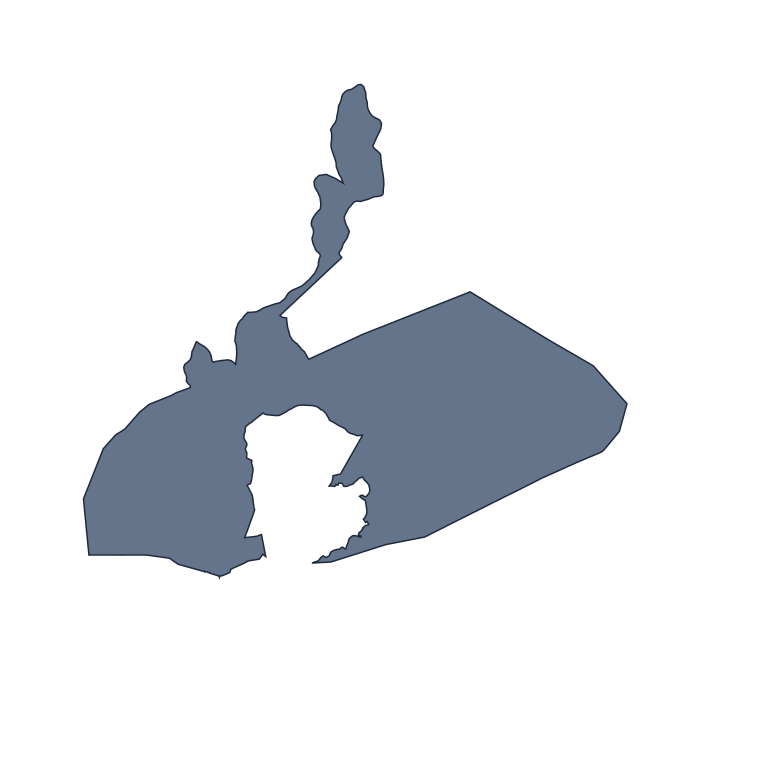 the district of Santa María Chachoápam, Oaxaca, Mexico, rotated 22°
{"feature_id": "50627088B31666946038790", "entity_name": "Santa María Chachoápam", "entity_type": "district", "adm_level": 2, "iso_a3": "MEX", "parent_name": "Mexico", "parent_adm1": "Oaxaca", "projection": "albers", "projection_center": [-97.276, 17.574], "detail": "fine", "context": "isolated", "style": "filled", "palette": "slate", "viewbox_px": 768, "rotation_deg": 22, "n_neighbors": 0, "source": "geoboundaries", "source_scale": "gbopen_adm2", "svg_char_len": 5690}
<svg xmlns="http://www.w3.org/2000/svg" viewBox="0 0 768 768"><g transform="rotate(22 384 384)"><path d="M205.8,459.8L196.0,468.7L194.8,469.7L191.3,474.1L174.0,490.7L167.9,501.8L160.5,523.1L154.3,531.6L148.0,549.0L148.4,603.1L149.9,606.0L163.3,631.7L173.9,652.0L174.5,653.1L189.0,647.2L203.2,641.5L217.0,635.9L227.7,631.6L250.3,625.9L260.7,628.3L287.3,625.3L287.4,625.2L287.4,624.8L287.8,624.7L288.6,625.4L290.1,624.3L290.8,624.5L291.4,624.7L292.8,624.3L293.2,624.3L293.3,624.7L302.6,623.9L303.7,624.8L303.9,625.0L303.7,623.6L305.8,622.4L311.7,616.5L311.4,613.0L321.2,602.8L324.6,598.8L334.0,593.1L335.4,587.3L339.0,588.3L326.8,569.5L325.0,570.9L323.2,572.8L322.4,573.2L319.2,575.0L316.8,576.3L314.4,577.5L312.4,578.7L312.2,571.4L312.1,567.5L311.9,563.3L311.7,560.4L311.8,559.6L311.6,556.4L311.6,554.0L311.3,549.9L311.0,548.7L309.6,547.1L308.2,544.6L307.1,542.7L305.8,540.1L303.8,537.0L302.9,535.8L297.3,531.1L295.0,529.1L295.5,528.4L296.4,527.5L297.1,527.0L297.5,526.2L297.5,524.5L297.0,522.2L296.0,518.1L295.0,513.3L293.8,510.9L292.2,508.8L290.6,506.8L290.2,504.4L284.3,504.1L282.6,499.1L280.5,497.3L279.6,495.7L279.8,493.7L279.8,492.1L278.7,490.1L276.4,488.5L275.0,487.2L273.9,485.8L273.3,483.4L273.1,480.1L271.9,477.0L271.8,475.0L274.5,470.3L275.6,469.2L276.4,467.3L280.5,460.1L282.7,456.4L285.6,456.6L288.8,455.8L294.9,454.0L298.3,452.6L300.4,450.5L301.9,448.5L303.7,446.5L305.5,443.6L307.4,441.7L308.8,439.7L311.2,437.1L313.6,435.2L316.8,433.9L325.8,430.8L329.9,430.2L333.3,430.7L334.9,431.6L336.1,431.0L337.9,431.6L340.1,432.6L341.8,433.4L342.6,434.3L344.9,435.9L347.0,437.9L348.1,438.2L350.4,438.2L354.7,439.0L357.0,439.4L364.1,439.9L365.5,440.5L368.2,441.9L371.2,442.4L374.3,442.0L378.4,442.0L383.3,439.6L377.4,483.7L371.1,488.1L371.4,488.9L372.5,494.2L371.4,499.2L373.3,498.3L376.4,497.6L377.5,495.9L377.1,495.2L378.3,495.0L379.2,495.0L379.3,492.6L382.5,491.8L385.0,493.6L384.9,493.8L385.4,493.9L388.0,492.8L390.5,490.2L392.8,488.3L393.3,486.6L395.5,482.3L396.2,480.7L398.9,478.3L401.8,480.4L403.8,481.1L405.8,482.1L407.9,483.5L410.5,487.3L411.1,490.6L410.7,491.9L409.6,495.0L409.2,495.4L408.4,495.7L405.9,495.1L404.1,496.1L403.4,497.4L408.2,498.8L410.4,499.0L412.9,503.2L415.3,507.4L416.6,510.8L416.3,514.1L416.6,514.1L416.6,514.5L415.5,517.0L418.8,519.3L420.1,517.8L422.0,519.6L422.5,520.0L419.6,522.5L418.8,524.2L418.2,525.4L418.7,525.8L418.2,526.7L418.2,527.6L418.0,528.7L416.6,531.0L416.7,533.5L419.9,533.7L419.8,534.8L415.4,535.2L413.1,535.7L411.6,536.6L410.0,539.7L409.7,540.8L409.9,542.8L410.1,544.6L410.1,546.3L410.0,547.5L410.4,551.4L409.6,551.4L406.6,550.8L405.6,551.8L404.4,554.1L402.6,554.8L399.5,557.3L397.5,560.0L397.7,563.5L396.4,565.3L395.1,566.6L393.5,566.4L392.1,566.1L390.9,567.4L389.9,570.4L389.3,572.5L387.7,574.1L386.6,574.8L384.9,576.4L384.9,576.7L401.5,568.9L446.0,532.1L479.0,510.7L511.0,474.2L528.5,454.3L548.2,432.1L565.8,412.0L591.9,384.8L611.3,365.4L612.7,362.7L620.0,339.7L616.7,311.3L571.1,288.7L519.1,281.3L429.3,266.3L346.0,345.6L316.1,377.4L304.9,389.3L298.0,383.8L296.0,383.1L295.1,383.0L293.5,382.0L292.0,381.1L289.5,380.0L288.5,379.3L285.2,378.6L282.6,377.5L279.0,374.9L276.1,371.0L273.5,367.7L269.7,361.0L269.0,359.3L267.3,359.6L265.6,360.2L264.2,360.1L261.9,359.4L297.5,282.6L293.9,280.6L293.2,278.4L293.7,276.3L294.1,274.2L293.7,269.9L295.1,262.1L294.8,255.8L293.7,254.5L292.7,253.7L291.5,252.4L289.4,250.8L286.8,247.6L284.8,244.7L284.5,242.5L284.6,241.1L284.8,238.8L285.4,234.3L287.8,227.1L288.9,225.5L291.1,224.3L293.8,223.6L300.4,218.4L303.0,215.7L305.0,213.9L308.8,212.0L311.2,210.1L311.8,208.9L311.7,207.1L310.5,204.0L309.2,199.3L306.8,194.0L303.8,188.7L301.1,184.4L299.6,181.7L297.8,178.4L294.7,172.3L292.1,171.0L287.4,169.4L284.9,168.2L284.5,166.9L284.7,164.8L284.7,162.1L284.9,157.3L285.5,149.2L284.2,143.6L282.3,141.7L280.5,140.7L276.7,140.5L272.4,139.9L269.7,138.1L266.3,135.2L264.5,132.6L263.0,129.2L261.2,126.9L259.7,124.7L257.9,120.7L254.2,116.5L253.6,115.8L250.4,114.9L248.1,116.2L247.9,116.5L246.8,118.0L245.7,119.8L243.3,123.2L241.1,124.4L239.1,126.5L238.0,128.6L237.3,130.6L237.2,133.1L237.6,135.2L237.9,137.7L237.9,140.8L237.6,142.9L238.4,145.5L239.1,148.0L239.9,152.8L240.8,156.4L240.9,159.7L239.8,164.0L239.1,168.1L241.0,170.4L242.0,172.3L242.9,174.5L243.6,176.1L244.2,178.5L244.7,180.3L245.7,183.2L247.7,186.2L250.7,189.7L253.8,193.2L256.8,197.0L257.6,198.8L258.3,200.3L262.3,204.8L263.7,206.4L266.3,208.2L268.3,210.2L269.2,211.5L271.0,213.1L261.9,211.6L251.9,211.3L245.5,215.1L243.5,219.4L243.3,222.6L245.4,226.5L247.5,228.6L250.9,231.1L254.6,234.7L258.0,240.7L259.4,245.5L258.1,248.5L256.9,251.9L256.0,256.1L255.8,259.4L256.5,262.7L258.0,264.9L259.9,266.3L261.0,268.1L261.8,269.6L262.5,272.7L262.6,275.8L263.6,277.5L265.4,280.1L269.0,283.8L271.1,285.8L275.4,287.3L277.0,288.9L277.1,290.3L277.0,292.3L277.5,294.6L277.5,295.6L278.6,298.2L278.6,301.5L278.5,304.1L278.2,307.5L275.2,315.9L271.1,323.9L264.1,331.1L262.0,334.0L260.8,337.3L260.3,341.6L257.0,347.6L252.3,351.1L247.7,355.1L243.6,358.7L241.8,361.3L238.6,364.9L233.1,367.7L230.7,368.6L230.2,370.5L228.8,373.4L228.0,377.2L227.2,378.4L226.1,382.1L226.4,389.2L227.7,392.6L228.2,395.5L229.8,400.3L231.2,401.7L233.0,404.2L234.9,408.3L236.6,412.4L237.9,416.8L239.0,421.5L236.7,420.4L233.6,419.6L230.3,420.0L228.2,421.2L224.1,423.3L219.3,426.3L217.2,427.8L216.0,426.9L215.0,425.9L214.2,424.2L212.3,421.6L209.9,419.5L207.4,418.0L203.6,416.6L197.8,415.8L194.6,415.0L194.1,415.5L194.1,422.6L193.8,425.8L194.6,428.7L195.2,430.9L195.2,434.2L193.7,437.4L192.0,440.3L192.0,443.3L193.7,446.4L195.4,448.3L197.3,449.8L198.7,452.1L199.4,454.7L200.0,455.7L201.5,456.6L202.9,457.3L204.1,457.7L205.0,458.2L205.8,459.8Z" fill="#64748b" stroke="#1e293b" stroke-width="1.5"/></g></svg>